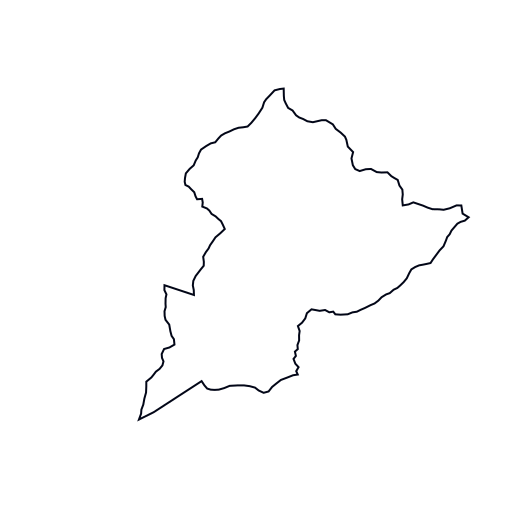 Águas de Santa Bárbara, São Paulo, Brazil (Mercator projection), rotated 52°
{"feature_id": "56859067B70027359191444", "entity_name": "Águas de Santa Bárbara", "entity_type": "district", "adm_level": 2, "iso_a3": "BRA", "parent_name": "Brazil", "parent_adm1": "São Paulo", "projection": "mercator", "projection_center": [-49.26, -22.879], "detail": "fine", "context": "isolated", "style": "outline", "palette": "ink", "viewbox_px": 512, "rotation_deg": 52, "n_neighbors": 0, "source": "geoboundaries", "source_scale": "gbopen_adm2", "svg_char_len": 2841}
<svg xmlns="http://www.w3.org/2000/svg" viewBox="0 0 512 512"><g transform="rotate(52 256 256)"><path d="M356.4,64.6L349.8,67.1L342.6,63.1L339.6,66.8L337.7,73.9L335.1,79.7L332.0,82.9L327.8,88.1L323.5,91.0L319.1,93.4L310.6,99.0L309.3,104.0L306.5,109.2L301.3,105.9L297.9,102.5L293.8,99.8L288.8,99.6L283.3,97.5L279.7,99.0L276.4,100.2L271.0,100.9L267.5,105.7L264.2,109.2L258.2,111.8L255.2,116.1L252.9,122.0L248.6,124.3L244.1,123.8L237.9,120.7L233.9,115.5L226.3,116.3L220.1,113.3L216.7,112.4L210.9,113.3L204.9,114.9L199.6,114.4L192.0,117.3L189.4,120.7L185.6,128.8L181.4,132.6L177.1,134.5L173.4,136.7L169.8,137.8L163.8,137.6L159.1,139.5L154.1,138.6L150.4,137.7L147.0,135.5L141.1,131.1L139.1,134.4L136.9,139.4L138.0,146.3L138.7,151.4L139.8,154.9L143.1,159.7L145.4,166.4L146.9,171.8L148.2,177.8L148.8,182.9L146.7,186.8L144.2,190.8L142.6,195.3L141.5,200.4L140.2,204.9L139.6,209.3L140.2,213.2L141.3,218.1L139.4,222.3L138.7,227.5L138.3,233.8L140.0,237.7L142.4,241.2L143.6,244.6L146.2,249.3L146.5,254.6L147.7,260.4L150.9,264.0L153.6,266.5L156.6,267.9L159.9,266.3L163.3,266.0L167.7,265.4L171.8,266.9L175.0,267.5L177.8,263.3L181.0,265.0L184.0,267.9L188.3,265.4L191.5,264.8L195.5,265.1L200.0,263.4L203.5,262.9L207.0,262.1L211.0,262.9L215.5,264.0L216.1,270.2L216.3,276.4L217.8,280.9L219.2,285.5L220.9,288.8L222.1,293.2L224.1,298.1L228.5,300.7L231.5,303.2L232.5,307.7L233.4,311.1L234.6,315.8L237.0,320.7L240.3,323.9L244.5,326.0L248.5,328.9L222.7,346.1L226.5,349.2L231.1,350.2L233.6,353.2L237.9,356.7L240.7,358.6L243.2,362.1L247.0,364.9L250.6,366.6L256.6,366.6L262.6,369.8L267.0,371.7L271.0,371.9L275.6,374.8L274.8,380.5L272.7,385.7L275.2,390.7L278.4,392.8L282.1,393.8L284.6,397.1L285.6,401.5L285.5,406.1L286.5,409.8L287.3,413.2L287.5,419.8L291.3,422.8L295.9,426.7L299.6,431.7L303.7,436.3L306.5,440.9L309.5,443.6L312.8,448.9L316.1,432.8L318.6,404.2L321.1,375.9L326.2,376.3L330.4,376.1L333.4,374.0L336.0,371.1L338.4,367.6L340.5,362.4L342.1,356.7L346.9,349.8L350.7,345.0L354.7,341.1L359.1,337.8L363.6,336.7L368.5,334.2L370.5,329.5L369.1,323.9L369.0,318.8L369.0,312.7L371.0,306.3L372.8,300.2L375.1,296.1L371.5,295.2L369.8,290.9L365.1,291.3L360.2,289.8L359.3,286.1L355.3,284.2L355.1,280.4L351.7,278.2L349.1,274.0L344.9,270.8L342.0,267.8L337.0,266.1L336.9,260.8L335.5,255.6L332.4,251.1L332.2,245.1L335.1,242.5L338.4,239.6L341.1,234.8L345.5,232.9L347.4,229.4L350.8,229.4L354.3,225.5L358.4,219.6L359.8,214.7L362.0,210.8L362.8,206.8L364.0,202.2L365.3,195.8L366.4,191.8L366.5,187.1L365.8,182.4L366.4,177.0L367.6,173.5L367.3,168.3L368.2,164.3L368.0,160.5L367.5,155.8L366.4,150.9L363.8,145.7L362.2,141.8L362.7,137.3L363.8,133.2L365.5,130.0L367.3,126.4L369.0,122.8L367.6,118.7L366.0,112.9L364.6,107.8L363.8,102.3L360.7,96.7L358.8,93.7L358.1,90.0L356.3,86.3L355.4,81.9L354.5,77.4L355.1,73.7L356.7,69.7L356.4,64.6Z" fill="none" stroke="#020617" stroke-width="2"/></g></svg>